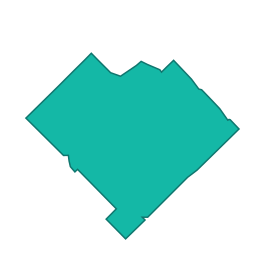 outline of Cherokee, Georgia, United States of America, rotated 225°
{"feature_id": "52423323B87782711377512", "entity_name": "Cherokee", "entity_type": "district", "adm_level": 2, "iso_a3": "USA", "parent_name": "United States of America", "parent_adm1": "Georgia", "projection": "robinson", "projection_center": [-84.463, 34.243], "detail": "fine", "context": "isolated", "style": "filled", "palette": "teal", "viewbox_px": 256, "rotation_deg": 225, "n_neighbors": 0, "source": "geoboundaries", "source_scale": "gbopen_adm2", "svg_char_len": 633}
<svg xmlns="http://www.w3.org/2000/svg" viewBox="0 0 256 256"><g transform="rotate(225 128 128)"><path d="M207.0,84.5L207.2,62.8L154.2,63.0L150.8,66.5L146.3,63.0L141.4,59.9L134.5,59.4L134.4,63.1L79.1,62.6L79.0,48.1L51.3,47.9L50.9,75.0L54.8,75.0L51.0,78.9L51.0,135.3L49.4,147.0L48.8,205.8L61.6,206.1L62.6,205.5L63.0,204.1L76.7,206.5L83.3,206.7L96.4,207.0L103.0,207.1L105.5,205.6L117.6,207.4L143.6,208.1L143.8,198.2L143.8,191.2L146.6,191.7L159.3,186.6L165.8,184.4L166.3,178.0L169.9,159.3L179.4,154.8L197.5,154.8L206.8,154.9L206.7,144.8L206.8,130.8L206.8,106.6L207.0,84.5Z" fill="#14b8a6" stroke="#0f766e" stroke-width="1.5"/></g></svg>